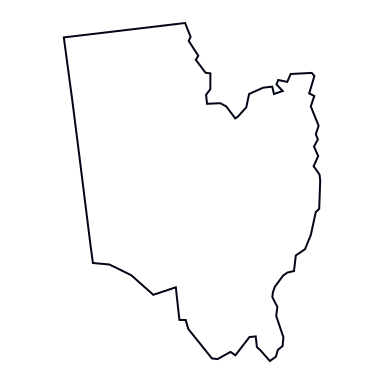 Saratoga, New York, United States of America (Robinson projection)
{"feature_id": "52423323B97730067298662", "entity_name": "Saratoga", "entity_type": "district", "adm_level": 2, "iso_a3": "USA", "parent_name": "United States of America", "parent_adm1": "New York", "projection": "robinson", "projection_center": [-73.751, 43.087], "detail": "fine", "context": "isolated", "style": "outline", "palette": "ink", "viewbox_px": 384, "rotation_deg": 0, "n_neighbors": 0, "source": "geoboundaries", "source_scale": "gbopen_adm2", "svg_char_len": 1022}
<svg xmlns="http://www.w3.org/2000/svg" viewBox="0 0 384 384"><path d="M275.9,356.7L277.8,349.9L282.6,346.0L283.4,337.3L276.2,315.9L277.4,306.9L272.4,297.3L272.8,292.7L274.9,286.7L283.0,275.7L287.3,272.6L294.0,271.0L295.8,255.5L305.0,249.2L310.8,235.0L315.8,212.1L319.2,208.8L320.2,180.7L319.5,174.5L313.6,166.2L318.2,156.1L314.0,146.6L317.9,139.4L315.8,134.3L318.6,125.7L310.8,106.4L314.3,96.0L309.2,93.4L314.4,76.0L311.7,72.9L290.7,74.0L287.2,81.9L278.2,80.0L276.5,84.4L282.7,91.0L274.0,94.0L272.2,86.6L263.1,87.7L249.1,94.0L246.3,107.3L237.7,116.8L235.3,118.4L226.2,106.4L220.3,103.2L207.0,103.8L206.1,94.8L210.3,89.2L210.4,73.4L205.5,72.7L195.8,59.8L198.3,55.8L188.7,40.9L190.6,36.9L185.1,23.0L63.8,37.4L72.4,101.2L79.3,155.6L90.9,248.4L91.2,250.3L92.9,263.0L109.4,264.5L131.2,275.2L153.3,294.8L175.8,287.3L179.4,319.9L185.7,320.0L188.3,329.0L211.9,358.4L217.5,359.1L230.5,351.9L235.4,355.3L249.4,337.1L255.7,336.4L256.9,347.0L261.0,350.9L269.9,361.0L275.9,356.7Z" fill="none" stroke="#020617" stroke-width="2"/></svg>